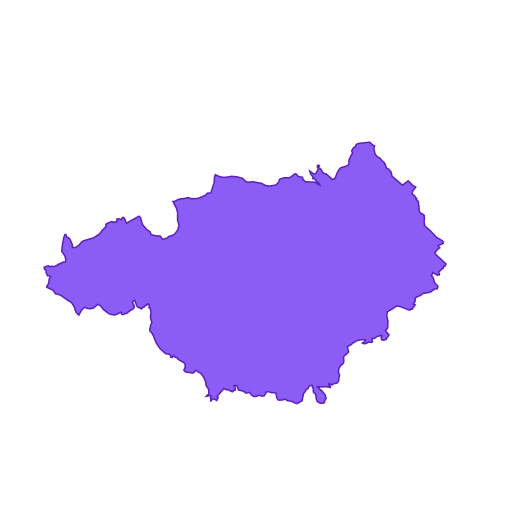 the district of Balan, Salaj, Romania, rotated 41°
{"feature_id": "2599482B44755564495658", "entity_name": "Balan", "entity_type": "district", "adm_level": 2, "iso_a3": "ROU", "parent_name": "Romania", "parent_adm1": "Salaj", "projection": "albers", "projection_center": [23.294, 47.159], "detail": "fine", "context": "isolated", "style": "filled", "palette": "violet", "viewbox_px": 512, "rotation_deg": 41, "n_neighbors": 0, "source": "geoboundaries", "source_scale": "gbopen_adm2", "svg_char_len": 6160}
<svg xmlns="http://www.w3.org/2000/svg" viewBox="0 0 512 512"><g transform="rotate(41 256 256)"><path d="M383.9,340.3L385.8,335.1L382.1,328.6L382.1,326.2L381.6,324.1L382.2,321.8L381.3,319.4L382.2,318.4L382.6,317.2L383.6,316.8L384.7,318.0L387.1,319.1L387.8,320.4L388.6,321.1L391.9,321.3L395.2,324.3L397.8,325.7L400.7,325.1L403.0,323.4L403.7,322.2L403.7,321.3L402.9,320.5L402.3,317.4L399.0,315.3L393.5,314.4L391.0,314.7L389.9,313.8L388.6,314.9L388.1,314.7L389.4,313.1L391.6,311.7L394.6,308.6L398.2,306.6L397.7,305.4L395.7,305.7L394.8,304.7L398.1,303.2L398.5,301.1L400.0,299.7L400.7,297.9L400.2,296.1L397.6,291.8L396.6,290.5L394.5,289.7L392.4,286.6L391.7,282.8L392.3,281.7L392.3,280.9L391.8,278.3L388.2,274.5L388.1,273.5L388.7,271.2L388.8,267.6L384.4,264.4L386.1,260.3L386.1,258.1L387.1,255.9L387.5,254.0L390.5,249.9L393.6,247.5L394.2,248.3L393.8,251.0L393.4,251.9L394.4,251.7L395.8,250.8L396.7,249.3L397.4,247.1L399.5,245.7L400.3,244.5L397.6,242.1L399.3,240.8L400.1,237.5L402.9,233.4L403.4,233.7L403.5,234.5L404.2,235.6L405.8,236.8L407.4,236.0L408.9,233.8L408.2,228.3L402.6,227.4L402.7,224.4L402.1,223.3L398.2,218.5L394.9,216.1L393.0,214.2L391.8,211.7L393.5,206.9L394.7,202.2L395.3,201.2L398.4,199.4L405.7,196.9L407.8,195.7L407.8,195.3L407.4,195.4L407.5,194.8L407.8,194.2L408.7,193.9L408.2,188.4L406.2,189.1L406.1,186.6L405.2,184.7L404.2,184.2L404.0,181.9L406.2,177.4L406.3,175.2L410.6,169.9L411.5,168.2L411.8,167.1L411.6,166.8L412.5,164.8L412.3,164.3L412.4,163.4L413.7,162.6L414.3,161.8L413.3,159.6L408.2,158.9L404.5,156.4L403.1,155.8L401.6,156.0L401.2,155.1L400.3,152.3L405.2,151.7L405.2,151.0L406.7,150.3L406.6,149.5L404.8,148.6L404.4,147.8L405.0,143.1L405.4,142.4L404.4,140.9L404.5,140.3L405.3,139.9L404.9,137.8L404.3,137.3L390.8,136.9L388.9,136.3L388.7,131.9L389.3,129.3L386.6,128.9L389.0,123.8L388.2,123.7L388.1,122.4L386.1,122.3L380.0,123.5L371.2,122.6L362.9,122.5L362.8,121.8L360.0,119.5L359.2,118.0L356.4,115.0L354.1,115.0L353.5,115.6L350.2,115.3L342.9,108.5L339.3,107.9L339.5,107.4L336.5,106.6L332.9,106.6L331.6,104.0L331.4,99.2L327.9,99.9L321.6,99.4L320.0,106.5L306.2,106.5L303.0,104.0L299.4,103.4L297.0,104.1L292.2,101.5L287.5,101.3L285.8,100.8L282.0,101.5L278.9,100.9L274.4,97.5L273.3,95.1L271.6,95.6L267.1,95.6L259.8,103.5L259.1,104.4L258.5,106.2L259.2,108.1L258.6,110.4L259.1,113.8L261.4,115.0L261.7,117.6L263.2,122.6L265.3,125.0L265.8,126.2L265.8,127.4L264.7,129.7L262.1,133.7L262.0,134.7L261.9,136.3L262.9,140.6L264.6,145.1L263.9,147.6L263.5,148.1L255.3,148.0L253.5,149.0L251.4,149.1L248.0,147.9L245.2,148.1L244.6,147.5L244.8,146.4L243.8,146.3L243.1,147.1L243.3,148.1L246.1,149.6L246.0,150.9L246.7,151.8L246.5,152.9L247.0,154.0L246.7,155.2L245.6,156.2L240.8,156.6L243.2,158.2L248.0,159.2L247.8,160.2L248.1,160.3L250.1,159.2L251.5,160.0L253.9,159.8L254.5,160.4L255.7,159.8L257.6,160.6L251.9,161.8L244.5,167.6L241.3,167.3L239.4,166.1L236.0,168.2L232.2,167.8L231.4,168.6L230.1,174.9L225.8,178.6L223.4,182.5L224.6,185.1L224.5,189.3L220.2,194.5L216.9,196.5L212.4,197.6L204.5,202.3L202.9,204.3L200.1,206.4L194.9,206.2L189.5,208.8L185.3,211.9L181.6,216.4L179.3,218.5L175.1,220.5L172.0,221.2L172.9,223.8L176.3,228.0L180.4,237.8L179.8,239.1L178.4,239.9L178.0,241.2L178.1,243.7L177.0,244.8L176.4,247.3L175.7,247.8L174.3,250.8L169.2,255.6L167.7,255.8L166.2,256.7L163.5,260.7L161.5,262.1L161.0,263.7L159.9,264.7L159.4,267.0L157.6,269.4L158.9,269.4L159.8,270.4L164.3,272.0L168.4,274.7L173.4,280.6L177.5,283.1L178.4,284.5L178.5,285.3L179.7,286.7L180.3,292.8L178.9,296.1L177.3,298.5L177.2,300.4L175.2,304.1L174.8,304.7L170.5,303.8L167.9,306.0L163.0,308.7L160.0,307.2L156.0,307.7L149.6,306.7L143.7,302.8L141.6,302.7L136.7,316.2L131.9,313.8L130.3,314.0L130.0,315.6L130.5,317.0L128.1,317.8L126.8,319.4L126.8,319.9L128.5,321.0L128.5,321.8L127.5,322.5L127.3,323.1L126.6,323.3L126.3,324.3L124.6,324.5L122.9,327.6L121.8,330.7L123.5,332.1L123.1,337.9L123.4,342.0L121.5,348.8L115.6,358.1L115.1,361.5L115.4,362.9L114.6,367.1L113.5,368.8L111.9,369.9L110.0,367.9L104.6,365.4L102.5,365.2L100.9,365.9L98.2,364.5L97.7,365.2L98.8,368.1L101.8,373.4L106.2,379.9L111.6,381.3L114.4,383.2L115.8,384.9L115.8,386.0L114.5,387.0L113.2,390.3L112.5,391.2L112.2,392.6L111.1,395.5L110.2,396.8L108.6,397.7L107.8,399.0L105.5,399.7L103.5,403.5L105.0,404.8L106.1,404.5L107.4,405.0L109.1,406.7L110.6,407.0L111.7,407.8L112.8,406.7L114.7,406.3L114.9,409.0L116.8,411.5L117.6,413.3L117.8,415.4L118.6,416.9L125.3,415.0L129.6,416.1L131.5,414.9L134.9,413.7L142.6,413.0L147.0,412.1L151.7,413.4L157.0,416.5L161.1,416.9L159.9,411.3L160.1,408.0L160.6,406.8L162.6,406.6L165.9,404.2L167.5,401.8L168.4,396.1L171.6,395.6L175.8,396.5L182.1,396.1L184.2,395.6L188.0,393.4L188.5,392.0L189.2,391.4L189.8,389.3L191.0,387.0L192.8,388.0L194.1,387.5L196.4,382.9L196.3,381.7L196.9,380.5L196.7,379.5L197.9,377.4L197.9,374.7L197.0,374.0L197.0,373.5L192.9,372.1L193.5,369.1L199.2,372.0L201.0,372.1L202.7,371.2L204.0,371.2L204.4,371.0L204.2,369.3L205.1,367.9L204.8,366.4L205.8,365.0L205.5,364.0L206.1,363.7L206.1,362.7L207.3,362.7L209.3,365.4L210.4,364.8L213.7,367.3L216.4,371.4L221.1,374.6L221.9,377.3L224.0,381.3L225.5,382.3L228.1,382.5L231.5,383.8L237.4,387.0L244.6,388.9L251.1,389.0L252.1,388.9L255.1,386.9L256.0,386.9L258.0,388.3L259.3,387.7L259.0,385.3L260.7,385.6L263.4,384.6L265.2,385.1L271.7,383.8L273.5,384.1L274.1,385.0L275.0,385.4L275.4,386.0L275.2,386.3L276.1,387.4L276.1,388.8L276.4,389.4L278.8,389.8L285.5,385.5L285.6,381.8L291.9,380.8L296.7,382.1L300.9,384.2L302.2,385.7L304.4,387.0L305.2,386.9L308.1,388.0L311.0,391.3L310.5,393.3L310.5,394.5L312.9,391.5L313.7,391.3L314.5,391.6L314.4,392.7L316.0,393.8L317.3,395.6L317.0,393.7L317.4,391.7L321.2,390.8L320.3,387.6L318.7,387.5L318.8,377.1L320.9,376.7L322.1,375.6L327.3,374.0L327.5,372.8L327.4,371.5L328.3,371.0L328.2,370.4L326.1,368.6L324.6,368.2L325.8,366.6L326.6,366.5L330.8,368.7L333.7,366.9L336.9,366.0L338.3,366.2L340.5,363.3L341.3,363.2L343.2,363.9L346.5,363.5L348.5,361.7L349.5,359.4L350.9,358.3L352.2,358.1L354.0,356.1L353.6,354.7L353.6,353.3L352.9,352.1L354.6,350.1L357.1,349.1L360.8,346.3L365.2,349.7L367.4,350.1L370.6,347.2L371.7,344.9L374.6,344.6L377.6,342.5L382.7,341.1L383.9,340.3Z" fill="#8b5cf6" stroke="#5b21b6" stroke-width="1.5"/></g></svg>